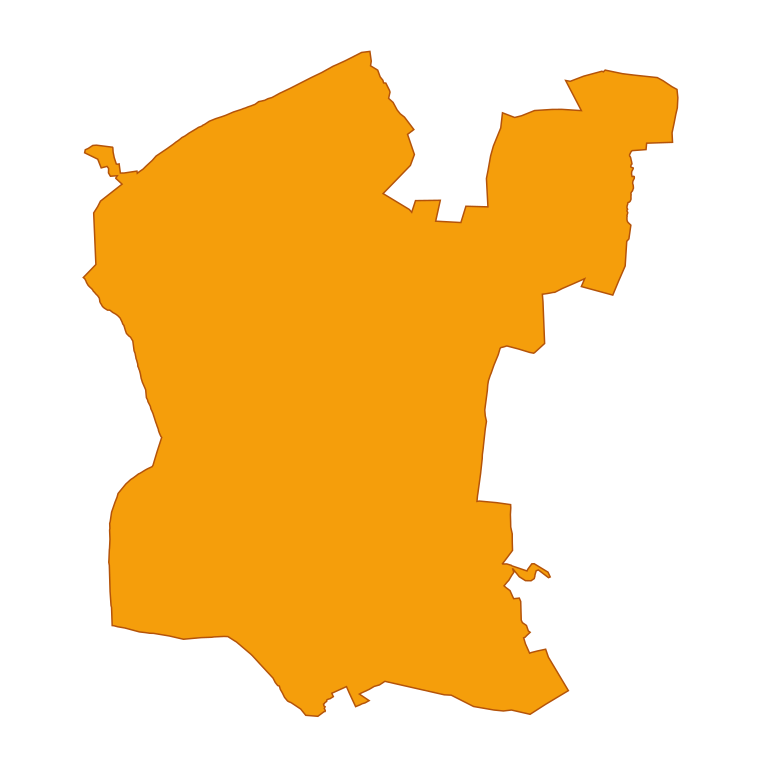 Chapultenango, Chiapas, Mexico, rotated 89°
{"feature_id": "50627088B46214146316575", "entity_name": "Chapultenango", "entity_type": "district", "adm_level": 2, "iso_a3": "MEX", "parent_name": "Mexico", "parent_adm1": "Chiapas", "projection": "albers", "projection_center": [-93.139, 17.336], "detail": "fine", "context": "isolated", "style": "filled", "palette": "amber", "viewbox_px": 768, "rotation_deg": 89, "n_neighbors": 0, "source": "geoboundaries", "source_scale": "gbopen_adm2", "svg_char_len": 6111}
<svg xmlns="http://www.w3.org/2000/svg" viewBox="0 0 768 768"><g transform="rotate(89 384 384)"><path d="M447.8,612.1L461.3,616.4L462.6,617.3L464.7,622.0L465.9,624.3L469.1,629.7L469.6,631.0L473.4,636.2L475.1,638.9L479.4,643.8L488.8,651.8L492.5,652.9L497.5,655.0L507.4,658.6L516.5,660.1L518.6,660.7L523.7,660.6L525.2,660.9L534.4,660.7L543.5,661.3L544.8,661.5L555.1,662.1L557.4,662.3L560.5,661.8L586.6,661.5L600.6,660.8L602.7,660.3L620.8,660.0L621.0,658.2L622.1,654.4L623.4,647.5L627.6,632.9L628.4,626.9L629.1,622.6L629.3,618.7L632.2,603.0L635.7,589.0L634.4,571.2L634.2,560.8L633.9,558.2L633.6,548.4L633.8,544.5L638.5,537.4L639.3,536.1L651.7,522.0L653.5,520.2L661.9,512.8L676.1,500.1L680.6,497.9L683.6,495.6L684.2,493.9L687.5,493.0L691.1,491.0L695.6,488.9L699.2,486.0L699.9,484.9L701.0,482.4L707.5,473.0L713.9,468.0L715.1,455.9L710.6,449.7L710.4,448.6L709.4,448.4L707.3,449.4L705.7,448.5L704.8,449.7L703.3,450.0L702.9,450.0L702.7,449.4L701.5,448.6L700.4,446.9L699.0,446.7L698.7,446.5L697.9,444.6L697.8,443.6L695.7,440.1L692.3,441.6L685.9,426.8L691.7,424.4L706.1,418.0L704.3,413.4L703.4,411.7L702.5,408.5L700.3,404.4L693.6,414.0L692.4,411.7L689.1,404.2L686.2,399.1L684.8,393.8L681.3,388.3L695.8,329.2L696.3,322.2L708.0,300.1L711.9,279.7L713.0,270.3L712.2,262.3L716.8,243.7L707.2,228.2L693.8,205.0L660.0,224.4L652.0,227.0L653.6,235.2L655.1,241.6L655.7,243.1L646.3,247.1L640.2,248.8L639.7,247.4L637.9,245.6L635.1,242.5L634.8,242.2L633.4,244.0L627.9,245.8L625.0,249.8L622.5,250.9L603.8,251.1L600.4,252.5L600.6,254.2L600.9,258.1L598.7,259.1L592.8,261.6L589.5,265.8L587.9,267.5L583.5,263.7L583.0,263.1L582.3,262.5L581.7,262.2L577.8,259.8L574.8,257.7L574.4,257.5L570.5,258.8L579.1,252.1L583.1,246.0L583.3,240.4L581.2,237.2L578.8,236.5L577.6,236.4L573.4,235.1L572.6,232.9L580.5,222.9L579.8,221.2L575.0,223.3L566.3,237.0L566.4,239.4L571.8,243.5L573.4,244.3L568.6,257.7L568.2,259.0L567.5,259.9L566.1,264.2L566.0,268.7L566.3,269.1L559.6,263.8L552.6,258.4L544.4,258.5L536.1,258.4L529.2,259.8L523.9,259.8L516.7,259.9L510.1,259.4L506.8,259.5L504.6,273.5L502.7,290.8L503.0,293.1L496.9,292.4L494.8,292.0L475.4,289.0L460.3,287.1L456.4,286.9L449.8,285.9L447.8,285.7L430.5,283.5L423.2,282.2L417.7,283.3L411.8,283.7L392.4,280.8L386.8,280.3L382.5,279.5L376.8,277.5L375.1,276.7L368.8,274.4L366.7,273.6L356.8,269.3L350.4,267.3L349.6,266.4L349.1,264.0L348.1,260.5L351.3,249.1L355.0,237.7L355.8,233.8L355.3,232.9L346.3,222.7L310.1,223.5L304.7,223.6L297.0,224.1L296.4,219.1L295.9,216.0L295.4,213.4L295.3,211.6L291.6,204.0L286.9,192.6L282.2,181.5L290.0,185.0L299.1,153.7L285.1,147.6L270.2,140.8L245.6,138.8L243.2,136.6L229.5,134.4L226.6,137.3L225.5,137.9L224.1,138.2L221.5,138.2L220.7,138.0L220.1,138.0L219.7,138.2L217.8,137.5L217.0,137.3L216.5,137.4L215.9,137.8L215.4,138.0L214.8,138.0L214.4,138.0L213.8,137.4L213.4,137.4L212.2,138.0L211.3,138.0L209.6,137.7L208.9,137.3L207.0,137.0L206.7,136.7L206.5,135.8L206.2,135.3L205.3,134.5L203.5,133.8L200.5,133.8L199.8,133.7L199.0,133.6L198.6,133.7L197.7,133.8L196.9,133.5L196.1,133.0L195.1,132.1L194.0,131.8L192.7,131.2L191.6,131.2L189.5,131.4L187.9,131.9L186.6,131.8L185.2,131.5L183.2,130.4L182.8,130.2L181.8,130.1L181.0,130.2L180.7,130.7L180.8,131.3L180.9,131.7L180.9,132.3L180.6,132.4L178.5,132.8L177.7,132.8L175.9,132.6L174.9,132.1L173.8,131.4L172.7,131.0L172.4,131.0L172.2,131.2L171.9,132.3L171.3,133.4L170.9,133.5L169.3,133.1L168.5,132.5L168.3,132.2L166.0,132.6L163.8,133.1L162.1,133.4L161.1,133.8L160.5,134.4L159.2,134.5L158.5,134.2L156.0,132.9L155.0,131.8L154.2,117.9L147.8,117.2L147.4,91.3L137.9,91.6L128.3,89.4L119.4,87.5L113.1,85.9L102.9,85.2L94.6,85.9L91.7,91.0L85.7,99.6L82.4,105.4L79.5,128.7L77.9,140.1L74.0,157.4L75.7,159.2L75.1,160.7L79.7,179.0L84.6,192.5L83.7,197.1L114.1,181.9L112.5,201.4L112.4,211.1L113.2,228.7L118.2,241.8L119.8,248.7L114.9,260.8L130.0,262.8L148.0,270.5L157.7,273.4L172.0,276.2L180.3,278.0L208.7,277.0L207.7,299.0L223.9,304.3L222.1,329.5L201.3,324.5L201.2,349.3L212.8,353.3L209.9,355.7L193.6,381.6L180.7,368.6L165.9,353.8L155.1,349.6L134.8,356.1L130.1,349.7L117.5,358.9L114.1,363.1L110.2,366.1L102.6,370.0L98.5,374.4L92.3,372.9L90.5,373.4L83.2,376.9L82.9,379.2L80.3,379.8L76.8,382.5L70.1,384.8L65.6,391.9L61.0,391.1L51.2,392.3L52.1,400.6L60.2,417.3L63.8,425.5L65.4,429.4L71.5,440.8L76.3,451.3L82.4,463.8L86.8,472.8L91.5,483.2L95.6,491.0L96.7,495.0L98.3,498.4L98.4,499.1L98.9,501.3L99.5,504.4L102.1,508.0L103.6,512.1L104.6,515.3L105.6,517.8L106.2,519.9L106.9,521.6L109.4,529.8L110.8,533.2L112.6,537.6L113.9,541.5L115.8,547.8L118.2,554.0L121.5,559.2L121.9,560.3L122.4,561.1L122.9,561.5L124.2,565.1L125.4,567.0L130.3,575.5L130.5,575.6L132.6,578.8L134.1,581.8L135.9,584.0L137.7,586.5L138.1,587.3L140.7,590.7L144.9,596.8L152.1,607.9L156.4,611.8L162.1,618.2L164.9,621.1L168.0,625.7L169.0,627.0L166.8,627.3L168.5,640.1L168.5,643.9L159.3,645.0L159.6,646.2L159.4,647.8L152.9,649.8L147.4,650.8L143.0,651.0L142.5,651.3L140.2,667.3L140.4,671.0L143.3,675.6L144.6,678.6L147.6,679.3L154.2,666.3L163.0,663.0L161.6,657.1L163.7,655.6L168.1,655.8L171.5,653.9L171.1,647.0L173.3,648.5L173.7,648.6L179.6,642.4L196.2,664.3L201.7,667.2L207.9,671.3L259.5,670.0L272.3,682.8L273.5,681.4L275.6,680.3L277.3,679.7L280.2,678.1L281.6,676.8L283.8,674.5L284.8,673.7L286.3,672.9L287.1,672.0L289.1,670.4L290.7,668.8L293.1,667.2L295.4,666.8L296.7,666.7L298.3,666.0L299.2,665.4L301.6,664.1L303.2,662.4L305.3,659.2L305.4,656.8L307.7,654.0L309.3,651.2L310.9,649.1L313.4,646.7L317.7,644.7L318.8,644.4L319.7,644.0L321.1,642.9L321.7,642.9L322.7,642.5L323.3,642.4L326.4,641.5L329.0,640.6L331.4,638.4L332.0,637.7L332.3,637.1L332.8,636.6L334.9,635.4L336.6,634.4L342.8,633.7L346.4,633.3L349.1,632.3L351.6,631.9L352.4,631.7L354.1,631.5L355.5,631.0L359.7,629.9L362.1,629.8L363.5,629.1L364.8,628.8L365.9,628.3L369.6,627.4L374.1,626.7L375.7,626.2L377.9,625.6L385.6,622.4L393.6,621.8L395.7,620.7L397.6,620.3L399.4,619.4L402.3,618.0L404.4,617.6L405.6,617.2L406.7,616.6L407.3,616.4L408.5,615.9L409.7,615.4L410.6,615.2L413.8,614.2L418.5,612.8L420.1,612.2L422.1,611.6L425.1,610.5L426.5,610.3L428.7,609.6L430.4,608.9L432.3,608.1L433.5,607.2L447.8,612.1Z" fill="#f59e0b" stroke="#b45309" stroke-width="1.5"/></g></svg>